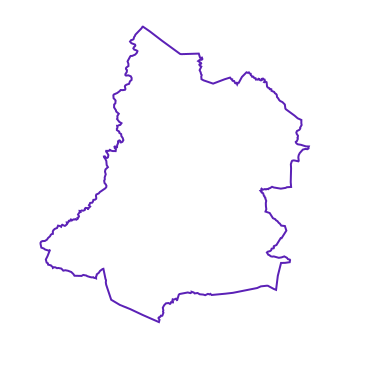 Chu Puh, Gia Lai, Vietnam (orthographic projection), rotated 114°
{"feature_id": "81297802B62904822955283", "entity_name": "Chu Puh", "entity_type": "district", "adm_level": 2, "iso_a3": "VNM", "parent_name": "Vietnam", "parent_adm1": "Gia Lai", "projection": "orthographic", "projection_center": [108.066, 13.509], "detail": "fine", "context": "isolated", "style": "outline", "palette": "violet", "viewbox_px": 384, "rotation_deg": 114, "n_neighbors": 0, "source": "geoboundaries", "source_scale": "gbopen_adm2", "svg_char_len": 5995}
<svg xmlns="http://www.w3.org/2000/svg" viewBox="0 0 384 384"><g transform="rotate(114 192 192)"><path d="M60.9,304.1L61.1,304.4L63.0,304.7L71.3,307.7L72.5,307.6L73.9,307.9L76.2,307.6L77.0,308.1L78.0,309.4L79.8,309.8L80.7,307.9L80.5,304.0L81.1,303.4L81.7,303.3L83.5,304.0L84.7,304.0L85.4,302.7L85.2,300.2L85.5,299.1L87.3,299.0L89.6,299.8L92.1,302.1L92.6,303.3L93.3,303.6L98.9,304.0L100.8,302.2L102.8,301.3L104.8,302.5L105.8,302.7L106.6,302.2L107.1,301.0L108.9,300.4L111.4,300.8L112.2,300.5L112.5,299.6L111.3,297.6L111.2,295.0L112.4,293.5L114.2,292.8L116.1,293.7L118.8,293.5L120.6,295.5L121.9,296.3L122.8,296.3L125.0,294.7L125.9,294.8L127.0,296.5L127.9,298.7L129.1,299.0L132.0,300.6L134.6,303.0L135.6,303.2L138.2,301.8L139.2,299.5L139.7,298.9L142.2,298.1L143.7,298.7L146.4,297.6L148.3,294.7L149.3,294.0L150.3,290.7L153.0,291.1L154.9,290.1L155.8,290.2L157.5,287.0L157.8,284.4L159.8,284.8L160.9,286.1L161.7,286.6L162.0,287.3L163.6,286.2L164.7,286.4L166.0,285.8L166.4,283.1L167.5,282.5L167.9,280.3L169.7,279.2L170.8,277.3L172.5,275.8L174.5,276.0L175.7,277.1L175.7,277.7L174.5,278.4L174.3,279.1L174.9,279.8L175.8,280.2L177.5,279.4L179.7,279.4L181.6,278.7L182.0,279.2L181.7,280.9L182.2,281.2L183.3,280.4L183.8,278.9L185.7,278.4L186.8,280.9L187.2,283.0L186.9,283.5L186.9,284.2L188.2,284.6L189.3,287.1L190.0,286.9L190.8,285.4L192.3,283.4L194.5,282.9L195.3,283.3L195.6,284.0L195.6,284.8L194.9,286.2L195.4,286.9L196.0,286.5L196.9,284.8L198.5,282.9L202.1,280.9L203.5,278.9L206.5,280.2L207.4,280.1L208.9,279.7L210.9,278.0L214.2,277.7L215.9,276.8L217.5,276.8L219.4,275.5L220.1,273.9L221.1,272.7L222.4,272.3L223.9,272.7L229.6,276.2L231.2,276.6L233.2,278.4L234.6,278.2L236.4,277.0L237.2,276.8L238.5,277.5L239.3,278.9L241.0,278.6L242.3,278.8L243.4,280.6L244.3,280.5L246.0,280.8L246.7,279.1L248.8,279.9L249.8,280.0L249.9,280.3L249.2,281.0L249.8,282.7L250.7,283.1L251.7,282.6L252.2,282.7L253.4,283.9L253.7,285.2L254.7,286.0L255.0,287.0L255.3,286.8L255.8,285.8L256.5,286.5L258.9,287.0L260.1,285.4L261.1,285.4L262.3,286.1L262.7,285.5L263.2,285.6L264.4,286.5L264.2,287.6L265.0,288.3L265.3,289.2L266.9,290.2L266.3,291.2L266.4,291.6L268.4,291.9L268.5,292.8L270.5,292.9L270.8,294.0L272.2,293.1L274.4,294.1L274.7,294.5L274.7,297.2L275.4,297.5L277.0,297.4L276.8,298.8L277.2,300.7L279.7,300.6L281.6,302.4L283.4,303.1L284.6,303.1L286.8,302.1L287.2,302.8L288.5,303.6L290.2,303.7L292.6,304.8L294.5,305.1L296.6,306.5L297.7,308.7L298.8,309.6L300.1,309.7L301.1,309.2L304.1,307.0L303.9,304.5L304.3,302.9L303.9,299.3L303.5,298.7L302.4,298.2L309.6,297.9L313.1,298.1L315.6,296.1L315.8,294.6L316.9,293.9L316.4,291.1L316.8,290.3L317.1,288.8L317.9,288.2L316.9,287.5L316.4,286.2L316.5,284.3L315.8,283.3L315.1,280.2L316.2,277.6L315.0,275.9L314.4,273.3L314.2,269.7L315.2,267.0L316.3,265.3L313.6,258.8L312.0,257.6L311.3,254.5L311.5,253.5L311.1,250.2L310.7,248.6L310.0,247.5L310.3,246.5L309.9,245.3L309.9,244.5L308.2,245.3L307.2,245.1L306.0,245.5L303.8,244.3L301.5,243.9L298.8,242.4L298.2,241.7L306.7,235.6L307.5,234.7L309.8,233.9L311.6,232.7L323.3,222.0L324.5,211.9L324.1,200.8L324.4,186.9L324.3,169.3L321.9,169.7L321.1,171.1L320.6,171.4L319.9,171.2L318.9,170.2L317.7,170.2L317.4,169.1L317.0,168.8L313.9,169.0L313.2,169.8L311.9,170.0L309.6,171.6L306.8,171.4L304.3,170.5L303.0,168.3L303.2,166.6L302.7,166.3L301.3,166.4L300.6,164.5L300.0,164.7L299.6,165.7L297.9,166.0L297.7,164.8L296.0,163.3L296.9,161.8L296.7,161.6L291.1,162.3L290.2,161.8L285.5,155.0L285.0,152.3L283.9,151.5L283.3,151.8L283.1,149.5L283.6,148.4L282.0,145.8L282.3,143.4L281.1,139.9L280.9,138.0L278.6,136.0L278.4,134.3L277.6,133.8L278.1,132.2L271.3,120.1L267.4,113.5L253.2,93.4L250.2,90.7L247.1,85.4L246.8,84.5L247.3,77.8L247.2,75.4L233.7,79.5L220.6,81.8L218.9,78.2L216.4,74.2L214.3,74.7L214.0,75.1L214.3,77.0L213.5,78.6L213.3,81.5L215.3,83.6L216.8,85.9L217.6,91.1L218.4,92.4L218.7,94.1L218.2,95.5L218.3,96.8L216.8,99.0L215.7,98.5L214.3,96.7L213.1,96.0L211.4,96.2L210.2,94.5L209.5,94.5L208.8,95.1L208.2,95.2L206.1,93.3L198.0,92.2L197.8,91.4L188.9,90.1L185.3,93.3L186.4,96.8L185.1,99.0L184.9,100.2L183.9,102.0L183.6,104.0L183.0,104.8L183.0,107.4L179.6,112.5L180.0,116.9L177.5,117.1L174.9,118.7L172.0,120.1L169.9,120.6L168.3,122.2L167.7,122.4L167.4,123.2L166.4,124.0L166.3,124.7L164.2,126.5L164.2,127.9L163.1,129.8L162.6,128.9L161.2,129.9L160.7,129.8L161.0,128.7L160.8,127.9L159.6,126.5L159.6,125.5L158.6,124.6L158.4,123.5L157.3,123.1L156.7,122.3L154.7,121.0L154.6,119.1L152.8,112.2L150.2,108.2L149.0,107.2L147.1,103.5L142.9,105.8L130.1,111.1L126.4,113.0L123.8,113.3L122.7,113.2L121.9,112.2L121.5,111.1L120.7,107.3L120.1,107.2L117.0,109.0L115.0,109.5L112.6,109.4L108.2,108.0L106.6,106.0L105.9,103.9L104.8,103.3L104.3,103.7L102.9,103.8L104.0,106.5L104.6,111.8L105.4,114.7L105.2,116.0L104.6,117.2L104.0,117.6L102.8,116.9L100.4,116.9L99.7,117.7L98.9,117.6L97.5,118.1L96.2,120.1L95.2,120.9L93.6,120.9L91.5,119.2L90.0,118.9L89.2,119.4L86.2,119.1L84.7,120.1L81.7,121.4L81.7,125.4L80.5,129.4L78.2,140.0L77.7,140.7L74.3,142.8L73.1,145.9L73.0,148.5L72.4,150.0L71.4,151.3L70.7,152.9L68.8,154.1L68.3,154.9L68.0,156.5L67.2,157.6L67.2,160.6L65.9,161.3L66.0,162.5L66.4,162.9L65.7,163.8L65.7,165.4L65.0,166.4L61.4,168.5L61.3,169.6L62.3,170.5L62.3,170.8L61.0,170.5L59.8,171.4L60.0,172.3L59.5,173.0L59.7,173.6L60.2,174.2L61.2,173.7L62.0,174.4L62.1,175.4L61.4,176.4L61.7,176.8L61.6,177.2L62.6,177.5L62.7,178.4L63.3,179.3L62.2,180.3L62.6,181.2L62.3,182.1L61.7,182.8L62.3,183.9L61.6,184.7L61.3,185.8L60.1,186.5L60.3,187.7L59.6,188.7L60.4,189.4L60.5,190.9L66.6,193.2L73.2,193.7L73.4,194.2L73.9,194.5L75.3,194.5L74.2,195.7L75.0,196.4L75.0,196.9L73.5,198.6L73.9,200.1L73.6,200.7L72.7,201.1L72.9,202.1L72.0,203.8L75.8,208.1L84.4,216.8L85.3,226.9L85.1,229.2L82.8,230.5L81.2,230.7L80.5,231.8L79.2,232.7L77.6,234.6L73.6,234.5L73.3,236.4L72.7,237.1L72.1,237.0L71.3,236.0L70.8,235.9L70.4,236.4L69.9,239.6L68.2,238.7L67.4,237.2L66.7,236.6L66.3,236.6L65.2,237.6L66.0,238.5L66.0,239.3L62.8,242.1L70.5,258.0L70.7,259.1L66.0,281.0L62.4,296.0L60.9,304.1Z" fill="none" stroke="#5b21b6" stroke-width="2"/></g></svg>